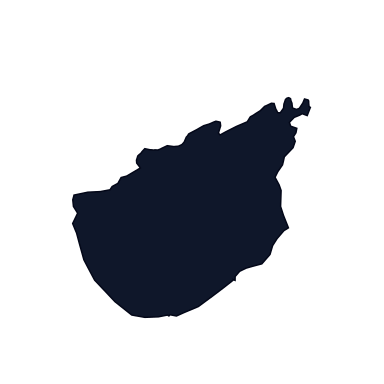 the district of Tukpahblee, Bong, Liberia, rotated 209°
{"feature_id": "62588387B55119976119769", "entity_name": "Tukpahblee", "entity_type": "district", "adm_level": 2, "iso_a3": "LBR", "parent_name": "Liberia", "parent_adm1": "Bong", "projection": "equal_earth", "projection_center": [-9.416, 6.618], "detail": "fine", "context": "isolated", "style": "filled", "palette": "ink", "viewbox_px": 384, "rotation_deg": 209, "n_neighbors": 0, "source": "geoboundaries", "source_scale": "gbopen_adm2", "svg_char_len": 2246}
<svg xmlns="http://www.w3.org/2000/svg" viewBox="0 0 384 384"><g transform="rotate(209 192 192)"><path d="M274.9,101.6L273.2,100.3L265.2,92.0L253.7,80.3L245.8,75.1L237.5,69.7L234.4,67.7L227.1,65.4L206.1,58.7L185.1,55.2L180.6,56.7L180.4,56.8L172.5,59.5L160.8,66.6L153.8,72.5L152.1,72.4L151.7,74.0L145.5,76.0L140.5,82.7L130.9,94.9L125.3,107.2L124.9,108.1L124.5,108.8L123.9,110.2L117.6,124.5L113.2,135.0L113.5,135.4L113.0,135.4L111.5,135.6L113.3,139.0L111.9,145.7L107.8,151.6L105.8,153.6L103.1,156.3L98.0,161.2L96.1,163.0L93.5,175.2L95.5,184.2L95.0,192.5L92.9,202.7L90.3,207.4L100.8,216.0L105.9,220.8L107.0,221.8L107.5,222.3L114.8,236.5L119.2,240.4L119.8,240.8L126.5,245.1L126.8,251.4L126.0,259.6L127.1,263.6L128.3,267.5L125.1,279.7L126.3,286.4L129.4,289.0L130.1,289.5L129.8,294.2L131.2,298.5L137.6,297.4L140.6,300.1L138.8,306.8L135.0,311.5L133.6,313.9L128.3,314.7L128.8,318.3L129.5,323.4L131.0,323.4L132.8,326.0L134.1,328.2L135.1,328.8L138.7,327.9L138.2,323.6L138.7,317.2L140.6,314.9L144.8,314.2L146.8,316.9L147.6,318.1L149.7,319.8L151.1,321.4L153.1,321.4L154.4,320.2L155.1,318.3L154.3,314.0L154.3,313.7L152.6,309.7L152.8,307.6L153.2,304.0L155.6,302.9L157.8,304.6L158.5,304.8L160.4,306.6L162.0,308.1L163.1,309.2L165.6,308.1L168.8,303.6L170.0,302.1L171.7,296.2L174.4,291.3L175.6,288.9L177.4,286.1L177.5,285.1L177.7,280.2L184.7,271.2L185.2,270.5L191.7,260.9L195.1,255.5L197.4,256.3L197.9,258.3L198.9,263.2L199.0,263.7L200.8,266.2L201.2,266.7L202.5,266.4L205.4,265.5L207.1,263.5L208.5,261.6L209.9,259.8L213.9,255.7L216.3,251.8L217.9,249.1L222.5,242.1L222.7,241.8L223.1,241.0L223.1,239.1L223.6,237.2L223.1,232.4L223.1,231.9L223.1,231.6L223.8,228.6L225.7,226.0L226.2,225.4L229.1,223.5L229.7,223.0L236.1,220.5L238.9,216.6L240.0,215.1L240.6,213.9L241.2,213.5L242.0,212.3L244.8,210.9L246.2,209.9L246.6,209.6L247.2,209.6L249.2,208.6L254.3,207.0L255.3,202.9L255.3,201.9L256.1,199.5L256.3,199.2L256.9,197.2L256.4,195.0L256.3,194.4L256.0,192.9L254.4,190.5L249.2,188.2L248.8,188.0L252.0,182.5L256.9,174.2L261.0,170.3L261.0,163.6L264.5,158.1L264.8,154.1L265.5,153.6L272.4,147.9L283.2,141.2L284.2,140.3L293.7,132.1L293.3,130.7L292.5,127.4L288.7,121.9L281.7,118.0L281.7,117.1L281.1,106.6L274.9,101.6Z" fill="#0f172a" stroke="#020617" stroke-width="1.5"/></g></svg>